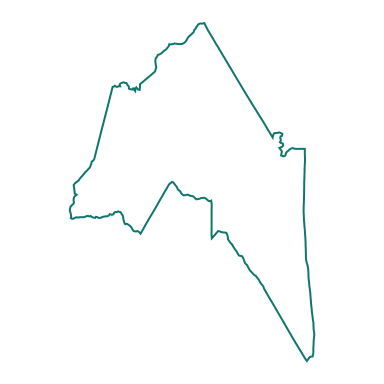 outline of São Mateus, Espírito Santo, Brazil
{"feature_id": "56859067B41614264111090", "entity_name": "São Mateus", "entity_type": "district", "adm_level": 2, "iso_a3": "BRA", "parent_name": "Brazil", "parent_adm1": "Espírito Santo", "projection": "equal_earth", "projection_center": [-40.024, -18.796], "detail": "fine", "context": "isolated", "style": "outline", "palette": "teal", "viewbox_px": 384, "rotation_deg": 0, "n_neighbors": 0, "source": "geoboundaries", "source_scale": "gbopen_adm2", "svg_char_len": 5382}
<svg xmlns="http://www.w3.org/2000/svg" viewBox="0 0 384 384"><path d="M112.6,86.9L106.6,110.8L106.0,113.0L100.5,134.3L94.2,159.2L93.2,160.6L91.7,161.7L91.4,163.5L90.8,165.1L90.4,166.3L89.7,167.8L88.5,168.8L87.7,169.8L86.4,171.2L85.0,172.4L83.9,174.0L82.3,175.9L81.0,177.2L79.9,178.6L78.8,180.2L77.8,181.2L76.5,182.0L74.8,183.5L73.7,184.9L73.9,186.7L74.2,188.4L74.4,189.9L74.5,191.3L74.7,193.6L76.6,194.8L74.5,196.5L73.7,198.3L73.6,200.9L74.0,202.2L73.5,203.8L72.3,204.8L71.3,205.8L70.4,206.9L70.0,209.1L69.7,210.5L70.2,211.8L70.7,213.6L71.0,215.2L71.2,216.8L70.8,218.1L72.0,218.8L73.6,218.6L74.8,217.8L76.0,217.4L77.5,217.3L78.6,217.6L79.7,217.2L81.0,217.2L82.7,217.2L84.3,217.2L85.7,216.5L87.0,216.0L88.1,216.0L89.4,216.4L90.7,216.0L91.9,217.1L93.6,217.6L95.1,217.9L95.9,216.8L97.2,217.1L98.5,217.9L99.7,217.9L101.1,217.7L102.4,216.9L104.0,216.6L105.5,216.3L107.2,216.3L108.7,215.6L109.9,214.1L111.7,214.8L113.5,214.3L114.0,212.9L115.3,212.0L116.8,212.1L118.1,211.4L119.1,211.8L120.6,212.2L121.7,214.1L122.8,215.6L123.2,217.6L123.4,219.4L123.9,221.1L124.3,222.6L125.2,224.2L127.0,223.8L128.9,225.1L129.9,225.8L130.9,226.8L131.8,228.1L132.5,229.5L133.7,231.0L135.0,231.4L136.2,231.5L137.3,231.0L139.0,231.9L140.5,233.7L143.2,229.1L144.4,226.9L145.3,225.2L147.9,220.8L149.4,218.1L150.4,216.5L152.4,213.2L153.2,211.9L154.5,209.6L155.9,207.2L156.9,205.5L160.6,198.9L161.4,197.6L164.7,191.8L168.0,186.2L169.0,184.4L170.8,182.9L172.0,181.9L173.1,182.3L174.4,183.9L175.2,185.1L176.1,186.0L177.2,187.6L177.8,189.4L179.2,190.6L180.3,191.3L181.0,193.0L182.5,194.6L183.7,195.3L185.1,195.2L186.8,194.8L188.0,194.6L189.4,195.5L191.3,196.0L192.7,196.2L193.7,196.7L195.0,198.2L196.3,199.3L197.5,199.1L199.3,198.8L200.9,198.2L202.4,197.9L203.8,197.8L205.5,198.3L207.2,199.7L208.5,200.9L210.0,201.2L211.2,200.6L211.7,204.2L211.6,210.6L211.6,219.6L211.6,228.6L211.5,234.4L211.8,238.3L213.1,236.9L218.1,231.1L219.9,231.4L221.4,232.2L222.5,232.2L223.6,232.5L224.8,232.5L226.3,232.8L227.4,235.0L227.8,237.1L228.0,239.1L228.8,240.5L229.6,241.6L230.6,243.1L232.0,244.3L232.9,246.1L234.0,247.8L235.2,249.7L236.4,251.1L237.0,252.2L238.0,254.0L239.1,255.6L240.5,255.9L241.7,256.0L242.8,257.4L243.6,259.0L244.4,261.4L245.0,263.0L245.7,264.0L246.6,264.6L247.4,265.7L247.9,266.8L248.6,268.0L249.4,269.6L250.1,270.7L251.1,271.5L252.0,272.6L253.4,274.2L254.7,275.3L255.9,275.9L256.7,277.2L257.5,278.1L258.5,279.3L259.2,280.4L259.7,281.5L260.5,282.8L261.3,284.1L262.4,285.2L263.3,286.4L263.7,287.7L264.4,289.3L266.3,292.6L268.4,296.2L270.6,300.0L273.1,304.1L281.8,319.1L292.9,338.3L296.0,343.5L297.3,345.6L298.7,348.0L299.7,349.6L301.6,352.6L302.6,354.4L303.8,356.3L305.4,359.0L306.9,361.0L307.8,359.6L308.9,358.3L309.7,357.1L310.9,356.6L312.6,356.5L313.2,354.1L313.4,351.5L313.3,349.5L313.4,347.2L313.6,344.5L313.6,343.0L313.7,340.7L313.8,338.9L314.1,337.2L314.3,334.4L314.2,332.9L313.9,331.2L313.6,329.0L313.5,325.7L313.4,322.2L312.9,320.0L312.6,317.4L312.3,314.9L311.9,312.2L311.8,310.1L311.3,305.7L311.1,304.2L311.0,302.7L310.9,301.3L310.8,299.7L310.6,297.9L310.5,296.2L310.4,294.6L310.3,293.1L310.1,291.6L309.9,289.5L309.6,287.6L309.2,284.3L309.0,281.8L308.7,279.2L308.5,277.1L308.4,275.5L308.4,273.2L308.3,271.3L308.2,269.6L308.0,268.0L307.7,266.3L307.3,264.5L306.7,262.7L306.3,260.9L306.0,258.7L305.9,256.6L305.9,253.9L305.7,247.1L305.6,244.9L305.6,243.3L305.5,241.3L305.4,238.5L305.2,236.1L305.1,233.9L304.9,231.6L304.8,230.1L304.6,227.5L304.4,225.2L304.2,222.7L304.0,220.6L303.9,218.1L303.8,215.1L303.6,212.4L303.6,210.3L303.7,207.1L303.7,205.5L303.8,203.8L303.9,201.7L304.0,198.4L304.1,193.3L304.1,191.5L304.2,187.4L304.2,184.0L304.2,182.1L304.3,179.7L304.4,177.0L304.5,173.6L304.6,171.7L304.6,170.2L304.6,168.8L304.7,166.7L304.8,164.8L304.9,162.8L305.0,161.2L305.0,159.0L304.9,155.4L304.8,153.2L304.8,148.9L303.5,148.9L300.9,148.9L296.1,148.9L294.5,148.7L292.8,148.1L291.7,148.3L290.3,149.0L289.4,149.7L288.5,150.5L287.2,151.6L286.3,152.5L285.7,154.2L285.2,155.6L283.9,156.3L282.5,156.1L281.1,155.4L281.5,153.2L281.9,151.8L281.3,150.3L280.4,149.4L279.4,147.9L281.0,147.2L282.3,146.7L283.2,145.3L282.8,143.6L281.0,143.0L279.9,142.2L280.8,140.6L280.7,139.2L280.2,137.8L280.6,136.4L281.9,135.9L282.4,134.0L280.6,132.9L279.1,132.4L277.8,132.9L275.9,133.1L274.2,133.2L273.1,135.2L272.7,137.5L268.8,131.2L263.2,121.7L254.1,107.2L246.5,94.8L244.9,92.2L237.0,79.0L236.2,77.6L235.0,75.6L228.4,64.5L222.9,55.3L220.8,51.8L217.1,45.5L216.2,44.2L213.2,39.0L207.6,29.7L204.3,23.0L203.0,23.5L201.5,23.6L200.2,23.5L198.8,24.0L197.6,25.3L196.9,26.5L196.1,27.4L195.5,28.9L194.6,29.6L194.0,30.8L193.5,32.4L192.4,33.3L191.2,34.5L190.0,35.6L188.8,36.5L188.0,37.6L187.2,38.9L186.4,40.5L185.4,41.8L183.7,43.2L182.0,44.0L180.3,44.0L178.9,44.1L177.8,44.0L176.4,43.8L174.5,43.5L173.3,44.0L171.9,44.2L170.5,44.5L169.3,44.2L168.9,45.8L167.8,47.4L166.6,48.8L165.6,49.8L164.4,50.6L163.4,51.4L162.5,52.3L161.1,53.5L159.4,54.4L157.9,54.9L157.1,56.6L155.8,58.3L155.4,59.9L155.3,61.5L155.6,63.3L155.8,65.1L156.2,67.4L155.5,69.7L155.1,71.5L149.1,76.6L139.9,84.3L140.0,85.9L139.7,89.8L138.0,89.5L137.0,88.3L136.3,87.4L135.4,88.8L135.2,91.1L134.3,90.1L134.1,88.4L133.0,88.4L132.3,89.5L130.6,89.3L128.9,88.6L128.8,86.5L127.3,84.7L126.5,83.1L125.0,82.9L123.7,82.3L122.7,82.5L121.7,83.0L120.5,83.4L119.6,84.6L120.2,86.3L118.7,86.2L117.2,86.9L116.1,86.7L114.9,85.7L113.7,86.7L112.6,86.9Z" fill="none" stroke="#0f766e" stroke-width="2"/></svg>